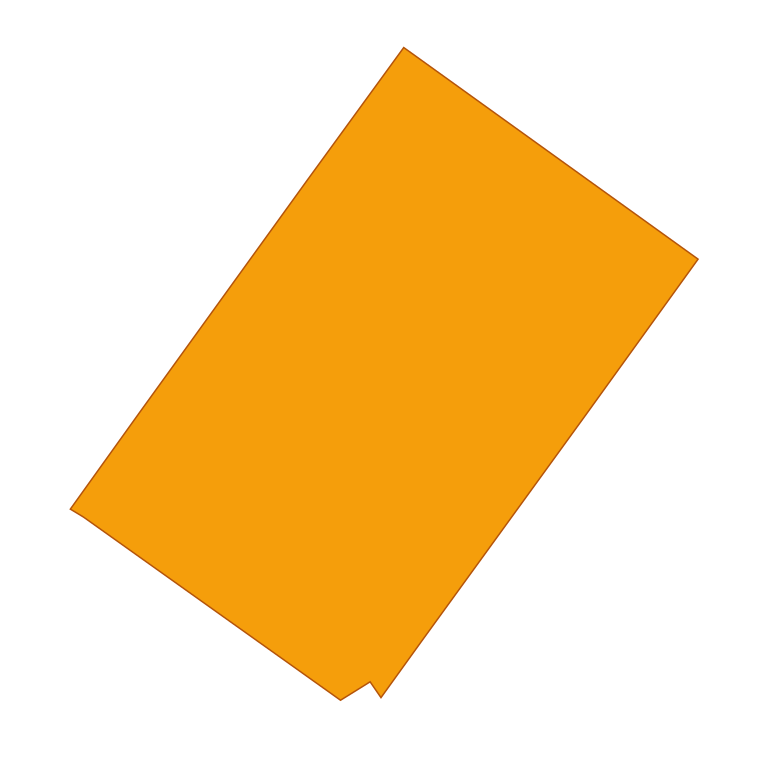 outline of Hutchinson, South Dakota, United States of America, rotated 306°
{"feature_id": "52423323B28340480700764", "entity_name": "Hutchinson", "entity_type": "district", "adm_level": 2, "iso_a3": "USA", "parent_name": "United States of America", "parent_adm1": "South Dakota", "projection": "mercator", "projection_center": [-97.883, 43.334], "detail": "fine", "context": "isolated", "style": "filled", "palette": "amber", "viewbox_px": 768, "rotation_deg": 306, "n_neighbors": 0, "source": "geoboundaries", "source_scale": "gbopen_adm2", "svg_char_len": 312}
<svg xmlns="http://www.w3.org/2000/svg" viewBox="0 0 768 768"><g transform="rotate(306 384 384)"><path d="M98.4,203.8L99.7,219.1L102.6,534.7L134.9,547.8L128.5,565.9L197.2,565.6L479.4,565.4L669.6,564.7L667.8,202.2L503.7,202.1L218.3,203.0L98.4,203.8Z" fill="#f59e0b" stroke="#b45309" stroke-width="1.5"/></g></svg>